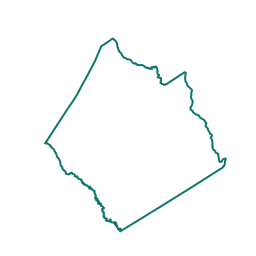 the district of Apuí, Amazonas, Brazil, rotated 328°
{"feature_id": "56859067B24093092109347", "entity_name": "Apuí", "entity_type": "district", "adm_level": 2, "iso_a3": "BRA", "parent_name": "Brazil", "parent_adm1": "Amazonas", "projection": "robinson", "projection_center": [-59.713, -7.593], "detail": "fine", "context": "isolated", "style": "outline", "palette": "teal", "viewbox_px": 256, "rotation_deg": 328, "n_neighbors": 0, "source": "geoboundaries", "source_scale": "gbopen_adm2", "svg_char_len": 5746}
<svg xmlns="http://www.w3.org/2000/svg" viewBox="0 0 256 256"><g transform="rotate(328 128 128)"><path d="M64.2,177.5L64.2,177.0L64.4,177.0L64.7,177.3L64.8,178.1L64.7,178.3L64.5,178.9L64.0,179.0L63.9,179.2L63.8,179.4L64.1,180.0L64.5,180.3L64.7,180.7L64.9,182.0L65.2,183.0L64.6,183.5L64.3,183.4L64.1,183.1L63.9,183.1L63.4,183.7L63.0,183.6L62.9,183.4L62.4,184.0L62.2,184.9L62.2,185.5L62.5,185.9L62.6,186.3L62.8,186.5L62.7,186.7L62.4,186.8L62.5,187.6L61.3,188.8L61.0,189.5L61.3,189.9L61.3,190.2L60.6,190.4L60.4,190.3L60.2,190.4L60.2,190.6L60.4,191.3L60.4,191.8L60.5,192.1L61.0,192.5L61.4,193.4L61.7,193.4L61.9,193.6L61.8,193.8L61.3,194.1L61.1,194.5L60.4,194.6L60.5,195.0L61.1,195.7L61.9,195.9L62.0,196.1L61.9,196.5L62.0,196.8L62.7,197.3L62.9,197.3L63.3,197.1L63.5,197.1L64.1,196.3L64.4,196.1L64.7,196.2L64.7,196.4L64.7,196.7L64.3,197.2L63.8,197.5L63.6,197.6L63.5,198.0L63.8,198.7L64.5,199.7L65.2,200.0L65.4,200.6L65.9,200.7L66.4,201.7L66.6,201.7L66.6,201.4L66.7,201.1L66.9,201.0L67.1,201.0L67.5,201.6L67.5,202.3L67.2,202.2L66.7,202.4L66.4,202.2L66.2,202.2L66.0,202.4L66.0,203.1L66.0,203.4L66.3,203.8L66.3,204.4L66.5,204.2L66.9,204.3L67.0,204.6L67.0,205.0L66.7,205.0L66.3,204.8L66.4,205.4L66.1,205.7L66.3,205.9L66.3,206.5L66.6,207.2L66.5,207.7L66.0,208.1L65.9,208.3L66.2,208.9L67.0,209.0L67.4,209.2L67.7,209.0L68.0,209.1L68.2,209.5L68.1,210.0L67.9,210.4L67.7,210.5L66.9,210.2L66.7,210.4L66.6,211.1L66.7,211.5L92.4,211.8L145.7,212.0L187.4,211.7L188.2,211.0L188.6,210.9L189.1,211.2L190.8,210.0L192.8,207.4L193.2,207.0L194.2,206.6L194.5,206.2L194.4,205.6L193.0,204.9L191.5,205.0L191.0,205.2L190.6,205.4L189.8,206.0L189.3,206.2L188.4,205.8L188.0,205.5L187.8,205.0L187.9,204.5L188.5,203.0L189.2,200.9L189.8,200.0L190.0,199.0L190.2,198.4L190.6,198.1L190.7,197.5L190.5,196.9L190.1,196.5L189.7,196.2L189.4,195.8L189.4,194.9L189.6,194.3L189.7,193.5L189.6,192.9L189.1,192.5L188.8,191.1L189.0,190.2L189.8,188.4L190.0,188.5L190.2,188.2L190.4,187.1L191.7,185.6L192.4,183.9L192.8,183.5L192.8,182.7L193.1,181.8L193.0,180.7L193.1,180.2L193.4,179.9L194.6,179.4L195.0,179.1L195.3,178.6L195.3,178.1L195.2,177.5L194.6,176.6L194.5,176.1L194.6,175.6L194.9,175.1L194.8,174.0L194.9,173.4L194.8,172.3L194.9,171.8L195.4,170.7L195.1,169.1L194.8,168.6L194.8,168.0L195.1,167.0L196.7,165.7L197.0,165.2L196.7,164.0L196.7,163.5L196.9,162.9L197.0,162.4L196.9,161.8L194.9,158.0L194.6,156.9L194.7,155.7L194.3,154.1L192.8,152.4L192.2,150.8L191.7,149.8L191.6,149.2L191.7,147.4L191.6,146.9L191.1,146.0L191.0,145.4L191.2,144.8L191.4,144.3L191.8,143.9L192.2,143.5L193.7,143.0L194.1,142.7L196.6,140.4L196.8,139.9L197.1,138.8L197.3,136.5L197.4,135.9L197.7,135.4L199.1,133.8L199.9,132.2L201.4,130.7L201.9,130.4L202.2,130.0L202.3,129.4L202.2,128.3L201.7,126.6L201.3,125.6L201.0,124.5L200.9,123.2L201.5,121.1L201.6,120.5L201.5,119.3L201.5,118.7L202.3,117.0L204.0,114.3L205.6,112.6L206.2,111.6L205.5,110.7L184.0,111.2L181.6,110.7L181.2,109.6L180.8,109.2L180.4,108.9L180.1,108.5L179.6,107.4L179.5,106.9L180.0,106.6L180.4,106.2L180.6,105.6L181.0,105.1L181.4,104.9L182.2,103.4L182.1,102.8L181.7,102.3L181.2,102.1L180.4,101.2L180.1,100.7L180.6,100.4L182.2,99.8L182.4,99.3L181.7,98.4L181.8,97.7L182.5,95.9L182.9,95.8L183.6,94.8L184.4,91.6L184.2,90.5L183.6,90.3L183.1,90.6L182.6,90.7L182.1,90.5L181.9,89.9L181.5,89.4L180.9,89.4L180.4,89.1L179.9,89.2L179.5,90.4L179.0,90.0L178.9,89.4L178.4,89.6L177.8,89.5L177.5,89.1L176.9,87.3L176.4,87.2L175.9,87.4L174.8,85.4L174.7,84.3L174.1,83.4L173.3,82.0L172.9,81.6L171.9,81.5L171.4,81.1L170.7,80.4L169.8,79.9L169.6,79.4L169.1,79.1L169.0,78.0L168.7,77.5L168.7,77.0L168.2,77.0L167.7,77.1L167.5,76.5L167.2,76.2L166.6,75.3L166.5,74.7L166.4,72.5L166.1,71.4L165.0,70.2L163.7,69.2L163.4,68.1L162.8,67.3L162.1,66.5L161.6,64.4L161.6,62.2L161.7,61.7L161.8,61.1L161.3,59.6L161.3,59.0L161.1,58.5L161.4,58.0L161.4,56.9L161.6,56.4L161.6,55.3L161.9,54.7L161.9,54.2L162.3,53.2L162.7,52.8L162.9,51.7L163.5,50.2L163.5,49.7L163.6,49.1L163.6,48.0L163.5,46.9L162.8,45.4L162.9,44.9L162.3,44.0L153.5,44.5L148.7,44.5L135.5,53.7L122.9,61.1L100.2,73.9L84.5,80.9L49.8,97.1L50.3,97.7L50.7,98.0L51.5,98.4L52.0,99.7L52.7,100.8L53.0,102.2L52.6,102.7L52.8,103.4L52.8,104.3L53.7,106.2L53.7,107.0L53.7,107.8L53.5,108.5L53.5,111.4L52.6,115.2L52.6,115.8L52.9,116.5L53.0,117.5L52.9,118.4L52.9,120.0L52.9,120.3L51.3,123.3L51.1,123.9L51.2,125.0L51.6,126.1L50.9,127.4L51.0,129.1L50.9,129.6L51.4,130.1L51.9,132.0L51.8,132.6L51.2,133.1L51.2,133.9L51.9,134.8L53.1,135.8L53.6,136.0L54.1,136.0L54.6,135.6L55.3,135.8L56.0,135.8L56.6,136.1L56.6,136.4L56.4,137.1L56.5,137.3L57.5,138.3L58.0,139.4L57.9,140.2L57.8,140.4L57.6,140.3L57.4,140.5L57.7,141.4L58.0,141.7L59.4,142.2L59.4,142.4L59.1,143.0L58.8,144.0L58.9,144.5L59.6,145.1L59.9,145.7L61.1,147.0L61.2,147.3L61.1,147.5L60.5,147.9L60.4,148.5L60.4,148.8L60.6,148.9L60.6,149.4L60.5,149.7L60.9,149.8L61.0,150.0L60.5,150.4L60.2,150.9L60.5,151.3L61.1,151.3L61.2,151.7L61.3,152.1L61.2,152.3L60.9,152.6L60.9,152.9L61.0,153.1L62.3,153.9L62.3,154.4L62.4,154.9L63.1,155.5L63.0,156.1L63.0,156.3L63.4,156.8L63.6,157.2L63.9,157.5L64.8,157.8L64.7,158.1L64.4,158.2L63.4,158.3L63.2,158.9L63.3,159.1L63.6,159.4L64.1,159.8L64.7,159.8L65.1,160.2L64.9,160.7L65.1,161.2L65.0,161.8L65.4,162.3L65.6,163.4L66.2,163.6L66.1,163.9L65.8,164.2L65.4,165.4L64.9,165.8L65.1,167.2L65.0,167.7L64.9,168.3L64.1,169.3L63.8,169.2L63.6,169.2L63.0,170.0L63.0,170.3L63.4,171.1L63.5,170.9L63.6,170.2L63.8,170.2L64.1,170.5L64.2,170.8L64.3,171.9L64.2,172.5L64.3,172.8L64.1,173.2L63.8,173.2L63.0,172.4L62.8,172.4L62.8,172.6L63.5,173.6L64.0,174.5L64.4,174.7L64.4,175.0L64.0,175.4L63.8,175.5L63.3,175.1L62.6,176.0L62.7,176.5L63.0,176.7L63.5,176.8L63.9,177.1L63.9,177.4L64.2,177.5ZM64.2,177.5L63.9,178.1L64.0,178.2L64.3,178.1L64.4,177.8L64.2,177.5Z" fill="none" stroke="#0f766e" stroke-width="2"/></g></svg>